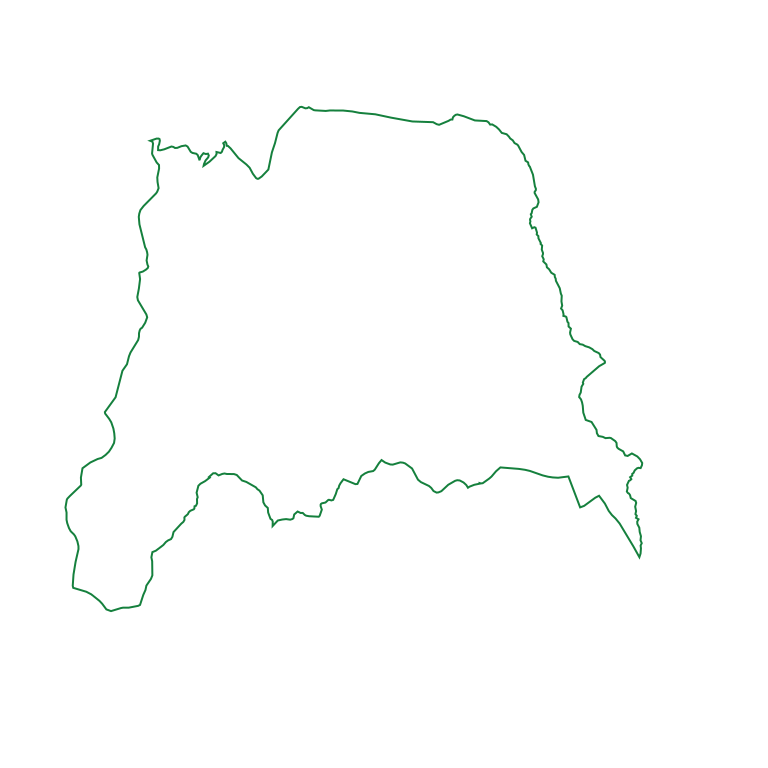 Saquisili, Cotopaxi, Ecuador, rotated 12°
{"feature_id": "8360857B28418888111721", "entity_name": "Saquisili", "entity_type": "district", "adm_level": 2, "iso_a3": "ECU", "parent_name": "Ecuador", "parent_adm1": "Cotopaxi", "projection": "albers", "projection_center": [-78.717, -0.836], "detail": "fine", "context": "isolated", "style": "outline", "palette": "green", "viewbox_px": 768, "rotation_deg": 12, "n_neighbors": 0, "source": "geoboundaries", "source_scale": "gbopen_adm2", "svg_char_len": 6162}
<svg xmlns="http://www.w3.org/2000/svg" viewBox="0 0 768 768"><g transform="rotate(12 384 384)"><path d="M104.7,194.7L107.1,195.1L108.1,196.9L109.2,206.7L109.8,207.9L115.6,214.6L118.4,216.6L119.2,220.0L119.3,229.1L120.5,233.5L122.8,239.3L122.2,243.0L121.5,244.8L111.9,259.8L109.6,264.5L109.2,268.2L109.4,271.5L111.6,278.7L121.9,299.9L123.6,301.9L124.9,304.4L125.8,306.8L126.1,312.5L127.8,316.4L129.0,318.0L128.8,319.7L127.4,321.6L124.7,324.2L121.7,325.8L121.5,326.3L123.6,332.1L124.4,341.6L124.6,350.2L125.9,353.3L137.1,365.4L138.5,368.0L137.7,373.7L135.7,379.2L134.4,380.6L133.9,382.3L133.8,385.2L134.5,388.8L134.4,392.1L129.5,405.9L128.8,409.9L128.5,418.1L125.4,425.4L124.2,452.8L116.8,469.5L117.4,470.9L122.4,475.2L125.2,478.2L128.6,483.9L130.4,488.3L131.9,493.3L132.2,497.8L130.7,503.1L129.0,507.4L126.4,511.3L123.1,515.0L119.5,516.9L113.1,521.8L106.6,529.1L107.0,538.6L108.8,545.5L108.4,546.6L100.0,558.9L98.1,562.0L97.8,563.2L98.1,571.0L100.2,575.7L101.7,582.8L103.1,586.0L105.8,590.4L108.2,593.2L112.0,595.6L113.7,597.2L116.8,601.7L118.8,606.0L119.5,609.0L119.3,622.1L119.9,634.9L121.5,646.1L122.4,648.0L136.0,649.1L141.4,650.6L150.8,655.3L154.1,657.6L159.3,662.2L164.2,662.9L173.4,657.8L175.1,657.1L180.7,655.9L189.7,652.1L191.3,650.8L192.4,640.3L193.5,635.1L193.5,630.6L196.6,623.0L197.2,619.3L194.1,605.6L192.5,601.9L192.4,596.6L195.5,594.5L201.6,587.4L203.5,583.9L205.4,581.8L207.9,580.0L208.8,577.5L208.9,572.6L214.7,562.8L216.4,560.6L217.1,558.4L216.5,556.1L216.7,555.4L219.2,552.1L219.7,550.0L220.9,548.3L224.0,546.1L224.4,545.2L224.1,543.0L225.4,542.2L226.0,539.6L225.0,535.4L225.3,533.5L223.3,529.3L223.6,522.1L225.2,519.7L229.2,516.2L233.0,511.8L232.1,511.4L235.5,506.8L237.8,506.3L241.2,507.8L244.5,505.6L246.6,504.7L248.9,504.7L256.0,503.3L258.9,503.6L265.2,507.9L269.7,508.4L280.1,511.7L282.0,513.2L284.4,514.2L288.5,518.1L290.6,524.8L292.9,527.5L296.1,529.4L297.4,533.8L301.0,539.5L302.9,540.3L303.8,541.8L304.6,546.1L308.5,539.6L312.7,537.7L316.3,536.5L320.5,536.2L322.5,535.1L323.3,534.1L323.3,530.3L326.0,526.7L329.3,527.5L331.3,527.0L333.8,528.6L335.3,529.0L338.3,528.9L347.8,527.4L348.5,526.2L349.3,519.8L347.4,516.6L347.1,515.2L347.3,514.4L348.1,513.6L351.4,512.1L353.6,509.0L354.2,508.7L356.8,508.8L358.4,507.9L359.7,501.7L360.2,496.6L361.2,495.3L361.3,492.7L362.1,490.1L364.2,485.6L376.9,487.9L378.8,487.3L380.9,478.7L383.9,475.5L386.9,473.3L391.5,471.4L392.8,469.7L395.5,462.5L397.4,458.9L401.5,460.6L406.9,461.4L409.4,461.0L416.2,457.3L418.9,457.0L421.2,457.3L429.0,460.8L437.1,470.5L440.5,472.3L449.2,474.4L451.8,475.8L454.7,478.4L458.0,479.3L459.8,478.7L462.4,476.9L467.8,469.2L473.7,463.9L475.6,462.9L478.1,462.6L482.3,463.8L485.5,465.7L487.7,468.0L488.9,466.7L493.3,463.8L498.3,461.6L498.1,461.0L499.5,461.1L501.2,460.5L506.6,454.6L508.4,452.2L511.7,446.1L515.2,441.4L533.6,439.0L539.8,438.6L544.8,438.7L558.1,440.4L563.7,440.6L568.5,440.3L573.8,439.5L583.6,436.1L601.5,463.9L605.1,461.6L614.3,451.3L617.6,448.6L624.9,455.0L630.2,461.4L634.2,464.8L638.4,467.4L643.5,471.5L661.6,490.9L669.8,500.3L670.2,496.5L669.5,491.3L668.6,488.7L669.2,486.1L667.4,483.5L667.0,479.5L664.9,475.6L663.6,471.5L660.9,468.2L660.3,466.0L661.1,463.4L658.3,462.5L658.7,460.4L657.0,459.0L657.0,455.9L655.2,451.8L655.4,447.9L654.4,446.1L649.1,444.3L647.8,441.6L646.5,440.3L645.2,439.9L643.9,438.7L643.9,434.8L642.7,432.2L643.7,427.8L644.9,426.9L645.7,425.6L644.1,424.0L645.9,422.0L645.5,420.3L646.6,419.0L647.2,416.4L649.1,413.8L650.3,413.1L652.5,412.9L653.2,409.8L653.0,407.6L650.1,404.4L646.8,402.2L640.9,400.4L637.3,403.7L634.7,403.7L632.0,400.2L626.9,398.6L625.3,397.6L624.6,396.5L623.7,393.3L622.1,391.8L617.2,389.7L615.9,389.7L611.9,390.9L609.0,390.2L604.6,390.3L602.5,387.9L601.4,384.7L594.9,378.0L588.8,377.2L584.9,370.6L582.9,363.9L581.5,360.7L579.9,358.1L577.6,356.2L577.5,353.9L578.2,351.5L577.8,345.5L578.9,342.4L578.2,341.3L578.7,337.7L580.1,336.3L580.8,334.9L590.8,321.8L595.6,317.5L595.6,316.5L595.0,315.5L590.2,312.7L589.2,310.3L587.6,309.1L582.8,308.0L580.6,306.6L577.1,305.5L572.9,305.1L570.2,304.2L567.2,304.3L564.7,302.6L561.0,302.3L559.1,301.0L555.9,296.7L555.3,295.0L555.3,291.0L552.6,289.4L551.8,286.0L550.5,285.0L548.5,280.7L547.7,280.2L545.3,280.1L545.1,278.4L543.4,274.8L541.5,273.4L542.0,270.3L540.4,266.3L539.5,260.7L538.2,258.8L536.0,253.8L530.7,247.3L530.0,245.2L528.9,243.9L528.2,241.7L524.5,240.4L521.6,237.4L519.1,236.0L518.0,233.3L514.3,231.0L514.3,228.8L512.2,226.1L512.5,224.0L512.3,222.8L510.4,219.8L509.9,215.7L508.0,214.4L508.1,213.5L504.8,209.4L504.2,207.2L502.3,206.0L502.2,204.1L499.7,199.6L498.4,199.4L496.5,200.9L493.3,196.4L493.4,194.6L492.7,193.0L492.7,191.9L493.7,189.7L492.3,187.4L492.9,186.3L492.9,182.7L493.6,181.2L496.7,178.9L497.4,174.1L496.4,171.4L491.6,165.8L491.4,164.8L492.2,162.8L492.0,161.5L490.5,159.2L486.2,148.3L481.4,141.0L480.8,140.7L479.6,139.2L478.9,137.3L476.0,136.2L473.4,130.8L470.4,128.5L465.5,122.7L464.3,122.0L461.6,121.2L459.3,118.9L456.4,117.6L454.7,116.0L452.0,114.2L447.0,113.9L443.6,111.1L440.3,109.1L435.9,107.6L433.9,108.2L431.8,106.3L429.7,105.5L418.1,107.3L406.4,105.5L399.8,105.1L398.2,105.8L397.0,107.1L396.0,108.8L395.9,111.1L394.2,111.5L392.4,113.2L384.0,119.0L381.6,118.9L377.6,117.7L357.2,121.3L335.4,122.0L319.4,122.0L303.6,123.9L296.4,124.0L287.3,125.0L274.2,127.7L270.3,129.0L260.0,130.6L258.4,130.7L252.9,128.9L251.6,130.1L249.8,130.7L245.9,130.0L244.2,130.6L242.7,132.7L228.2,157.8L227.7,160.5L227.3,171.0L226.2,180.7L226.3,198.3L221.3,206.4L218.6,209.3L217.5,209.6L216.1,209.2L212.0,205.6L207.6,200.4L203.8,197.9L194.7,193.3L184.9,185.4L181.9,183.6L180.7,183.7L179.7,181.3L178.4,180.0L176.7,181.9L178.0,183.5L178.3,185.5L177.4,188.5L177.2,190.5L176.2,192.0L171.9,191.9L172.4,193.9L171.8,196.1L167.1,202.8L162.2,208.1L162.2,206.2L163.0,202.4L164.9,198.9L165.1,196.9L163.9,195.3L161.9,196.1L159.4,195.8L157.9,198.7L157.2,200.6L157.1,202.7L156.7,202.9L154.2,198.8L152.5,197.8L148.6,197.8L146.7,197.1L142.5,192.6L140.4,191.9L136.4,193.5L132.7,196.0L130.5,196.6L128.7,195.9L126.7,195.9L120.3,200.1L116.6,201.9L114.4,202.2L113.7,198.6L114.2,196.4L114.2,192.7L113.5,191.1L112.6,190.8L110.6,191.2L104.7,194.7Z" fill="none" stroke="#15803d" stroke-width="2"/></g></svg>